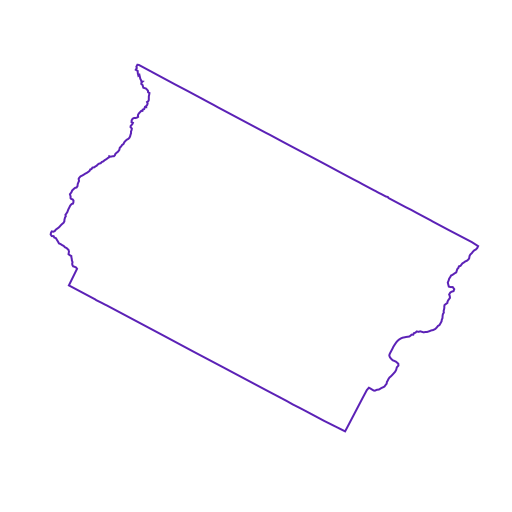 Brasília, Distrito Federal, Brazil (Albers equal-area conic projection), rotated 208°
{"feature_id": "56859067B90477915212525", "entity_name": "Brasília", "entity_type": "district", "adm_level": 2, "iso_a3": "BRA", "parent_name": "Brazil", "parent_adm1": "Distrito Federal", "projection": "albers", "projection_center": [-47.765, -15.776], "detail": "fine", "context": "isolated", "style": "outline", "palette": "violet", "viewbox_px": 512, "rotation_deg": 208, "n_neighbors": 0, "source": "geoboundaries", "source_scale": "gbopen_adm2", "svg_char_len": 4816}
<svg xmlns="http://www.w3.org/2000/svg" viewBox="0 0 512 512"><g transform="rotate(208 256 256)"><path d="M449.6,364.0L447.4,363.9L446.1,361.8L444.5,360.0L444.0,361.2L441.3,358.1L440.2,357.4L439.2,356.4L438.0,356.8L438.5,355.3L438.1,354.1L436.4,353.7L435.4,352.6L434.5,351.7L431.8,352.2L430.2,351.7L429.0,351.2L428.1,349.9L426.6,349.9L426.1,348.5L425.6,346.7L423.9,343.4L423.8,342.0L424.5,340.8L423.3,339.8L423.0,338.3L423.4,337.0L422.8,335.9L424.0,335.5L423.7,333.2L424.8,332.0L424.4,330.8L425.5,330.1L426.0,328.2L426.4,326.8L426.4,325.0L425.4,323.5L426.1,322.3L427.2,321.2L428.4,320.7L429.4,319.3L429.5,317.4L428.7,315.7L427.2,315.8L427.1,314.3L427.7,312.0L427.3,310.9L425.5,310.3L425.0,308.9L424.8,307.2L424.0,305.8L423.7,304.1L423.3,302.4L423.3,300.9L423.7,299.5L424.7,298.0L425.3,296.3L425.7,294.6L425.6,292.6L426.4,291.1L426.5,289.4L427.1,287.7L426.5,285.5L426.8,283.4L427.6,281.6L428.1,280.1L427.9,278.7L428.3,277.4L429.5,276.7L431.0,275.4L432.4,275.2L432.1,274.1L432.8,273.0L433.3,271.8L434.0,270.5L434.7,269.4L435.2,267.9L436.3,266.6L436.7,265.0L438.0,263.8L438.7,262.4L439.1,260.8L439.9,259.7L440.4,258.4L441.9,257.3L442.1,255.4L443.0,254.6L442.9,253.2L443.4,251.9L444.5,249.8L445.4,248.6L446.2,247.1L447.1,245.6L448.3,244.0L448.8,242.0L448.8,240.8L447.5,239.2L447.4,237.7L447.2,235.9L446.4,233.8L446.6,232.2L447.7,231.3L448.3,229.9L448.7,228.7L449.1,227.5L448.9,226.3L449.0,224.8L449.3,223.2L448.3,222.2L447.5,221.3L447.0,220.1L445.9,219.6L444.5,219.9L443.2,219.3L442.4,217.6L442.2,216.3L443.1,215.5L443.5,214.3L443.7,213.1L443.6,211.1L443.6,209.7L443.5,208.3L443.2,206.2L443.4,204.2L443.6,202.9L442.6,201.8L442.7,200.3L442.4,199.1L442.1,197.9L441.5,196.7L441.5,195.0L442.3,193.0L442.8,191.4L443.1,190.0L443.6,188.4L444.4,186.8L445.2,185.1L445.3,183.8L446.2,182.4L447.9,181.8L447.9,180.2L447.4,178.6L445.7,177.7L444.0,178.5L442.8,177.6L441.0,177.8L439.4,176.8L437.5,175.7L435.9,174.6L434.2,174.8L432.5,174.6L430.5,174.6L428.8,174.0L426.9,174.1L425.8,173.7L424.6,173.5L423.2,172.1L422.4,169.6L420.9,169.3L419.1,169.3L418.3,168.1L417.3,166.9L416.5,165.7L415.1,164.4L414.6,162.7L413.7,161.7L412.6,161.0L411.3,161.3L409.5,161.4L408.0,160.7L407.4,142.2L383.5,142.2L377.7,142.2L376.4,142.0L370.0,142.2L366.4,142.2L364.8,142.3L361.8,142.3L349.5,142.3L343.6,142.3L339.5,142.3L336.8,142.3L331.7,142.3L330.1,142.3L328.5,142.3L310.4,142.3L299.4,142.3L266.4,142.2L233.3,142.3L184.4,142.3L161.0,142.4L153.8,142.2L145.2,142.4L118.3,142.4L95.0,143.0L95.0,148.9L95.2,180.5L95.2,185.0L95.2,186.6L95.2,188.1L95.2,189.6L94.5,192.7L92.6,192.7L91.3,192.6L90.0,192.5L88.8,192.5L87.8,192.9L86.5,194.6L84.8,195.8L84.1,196.9L83.3,198.3L82.2,199.7L81.3,201.0L81.0,203.1L80.7,204.6L81.3,206.3L81.2,207.7L81.3,209.3L81.1,211.4L80.5,212.8L80.1,214.1L79.7,215.5L79.3,217.1L78.8,219.2L78.8,221.4L79.4,223.8L78.8,226.1L79.8,227.7L81.5,228.1L82.8,228.4L84.7,228.3L86.3,228.1L88.2,228.6L90.1,229.4L91.5,230.6L91.9,231.7L92.0,233.4L92.0,235.3L92.0,237.1L92.0,238.6L92.1,240.1L92.0,241.9L91.8,243.9L91.6,245.7L91.2,247.4L90.5,249.3L89.2,251.5L88.1,252.8L86.7,253.9L85.3,255.1L83.9,256.1L82.8,256.9L82.2,258.1L81.7,259.6L80.2,260.4L80.4,261.9L79.2,263.2L78.7,264.8L76.8,265.4L75.6,266.6L74.1,266.9L72.1,267.3L70.8,268.4L69.2,269.3L67.6,271.0L66.3,272.6L64.9,273.7L63.4,275.8L62.8,277.9L62.5,279.7L61.6,281.1L61.5,283.8L61.5,285.5L62.0,286.8L62.2,288.7L62.9,290.2L63.4,291.4L63.7,292.6L63.6,294.2L64.5,295.5L65.1,297.8L65.6,299.1L66.2,300.1L66.5,301.3L65.8,302.8L65.0,304.4L65.5,305.7L65.5,307.2L65.3,308.6L65.1,310.1L66.1,311.6L67.4,312.7L67.3,314.9L66.6,316.2L65.1,317.7L65.4,319.8L67.7,320.9L69.6,319.9L71.4,319.5L72.8,321.0L74.2,322.6L74.4,324.7L74.8,326.7L74.6,328.7L74.6,330.4L73.7,331.5L73.1,332.7L72.4,334.1L71.5,335.5L72.0,338.1L72.1,339.4L71.7,340.5L72.0,342.1L70.8,343.3L70.6,344.7L70.3,346.4L69.4,347.9L68.6,349.6L67.6,350.7L66.8,352.8L66.7,354.0L67.1,355.2L67.5,356.6L67.4,358.1L66.8,359.8L66.5,361.7L65.9,363.6L65.0,364.8L64.4,366.8L64.5,369.0L72.1,369.6L98.3,369.4L111.3,369.4L116.6,369.4L117.9,369.5L119.3,369.5L125.4,369.5L131.4,369.5L134.9,369.5L140.7,369.6L146.8,369.4L149.0,369.4L150.5,369.4L152.2,369.4L154.0,369.4L155.9,369.4L157.1,369.4L158.4,369.4L160.4,369.4L161.8,369.4L163.6,369.4L166.2,369.4L167.3,370.0L169.2,369.5L170.6,369.5L172.1,369.5L174.7,369.5L176.3,369.4L177.8,369.4L179.4,369.4L181.0,369.5L182.2,369.4L184.0,369.4L186.2,369.4L188.5,369.4L190.3,369.4L192.0,369.4L193.5,369.4L195.7,369.4L199.7,369.5L205.6,369.4L207.1,369.4L210.7,369.4L217.3,369.4L219.8,369.4L237.4,369.5L242.4,369.5L246.2,369.5L249.2,369.5L276.9,369.4L279.2,369.4L286.2,369.4L300.8,369.5L305.2,369.4L323.0,369.4L327.5,369.4L335.6,369.4L352.2,369.4L359.5,369.4L364.4,369.5L370.1,369.5L393.5,369.6L408.1,369.5L447.1,369.7L449.1,369.7L450.5,369.2L450.5,367.0L449.5,366.0L449.6,364.0Z" fill="none" stroke="#5b21b6" stroke-width="2"/></g></svg>